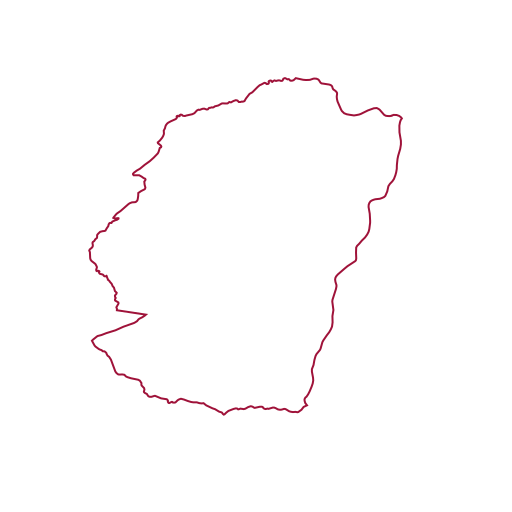 the district of Tarso, Antioquia, Colombia, rotated 71°
{"feature_id": "7082276B41921271459281", "entity_name": "Tarso", "entity_type": "district", "adm_level": 2, "iso_a3": "COL", "parent_name": "Colombia", "parent_adm1": "Antioquia", "projection": "robinson", "projection_center": [-75.833, 5.874], "detail": "fine", "context": "isolated", "style": "outline", "palette": "rose", "viewbox_px": 512, "rotation_deg": 71, "n_neighbors": 0, "source": "geoboundaries", "source_scale": "gbopen_adm2", "svg_char_len": 6082}
<svg xmlns="http://www.w3.org/2000/svg" viewBox="0 0 512 512"><g transform="rotate(71 256 256)"><path d="M377.8,237.1L373.3,234.6L370.0,232.3L368.5,230.8L365.7,226.2L364.6,225.1L359.1,221.3L357.7,219.8L354.0,214.8L351.9,211.6L349.7,209.1L347.5,207.1L343.7,205.2L337.7,203.3L332.3,200.4L323.9,198.7L322.4,198.0L313.3,191.2L311.1,189.9L309.7,189.4L306.3,189.3L304.1,188.9L302.6,188.1L301.4,186.9L300.1,184.7L296.8,176.5L295.4,172.8L293.1,163.7L292.4,162.8L290.9,162.0L285.3,160.3L280.6,158.5L279.3,157.1L278.0,154.4L275.9,150.9L274.0,146.9L271.9,143.9L269.7,141.6L267.4,140.1L261.8,137.3L259.8,136.6L253.1,134.7L246.3,133.6L244.3,132.8L242.8,131.6L241.6,130.0L241.2,128.3L241.1,126.5L241.2,124.7L242.2,120.3L242.2,118.3L242.0,115.9L241.3,114.2L237.7,110.9L233.1,108.1L231.4,105.9L229.8,102.8L228.1,100.5L225.0,97.9L222.5,96.2L219.4,94.5L215.9,93.2L210.3,90.6L207.6,89.0L201.7,84.8L197.8,82.7L194.3,81.5L185.8,80.1L179.4,78.0L176.4,76.3L174.7,75.0L173.4,73.3L172.0,73.8L170.2,75.0L168.5,77.1L167.4,79.9L167.4,82.0L167.6,82.1L167.3,83.9L166.4,86.2L165.6,87.7L164.2,88.9L158.1,91.4L156.9,92.2L155.4,93.7L154.7,96.5L154.8,102.9L155.8,110.7L155.8,112.6L155.4,115.5L155.0,117.6L152.9,121.6L151.5,124.1L149.7,126.2L146.9,127.6L145.3,127.9L136.5,128.6L134.3,128.4L132.8,128.1L131.4,127.7L129.2,126.6L128.2,126.3L127.4,126.4L125.8,127.1L123.6,128.7L122.2,128.9L120.4,128.8L119.7,129.1L118.7,129.7L117.7,131.0L114.1,137.9L113.0,138.6L110.1,139.3L109.1,139.9L108.0,141.2L107.2,143.1L107.0,144.2L107.0,147.7L105.9,151.4L104.7,154.1L100.8,160.5L102.0,163.2L102.0,164.6L101.7,165.8L101.3,166.5L99.7,167.2L99.4,167.5L99.2,168.8L97.5,170.3L97.2,170.9L97.3,172.4L98.5,173.5L98.8,174.0L98.8,174.7L98.5,175.5L97.8,176.3L97.2,177.7L97.0,180.1L96.0,181.3L96.1,182.5L96.7,183.9L96.2,184.5L95.3,184.5L94.9,184.9L94.7,185.5L94.8,186.8L95.1,187.2L95.4,187.4L96.4,187.4L96.9,187.8L97.2,188.3L97.0,189.7L96.7,190.1L96.0,190.3L95.5,190.8L95.0,191.7L95.6,195.2L95.7,196.9L96.7,199.4L99.8,205.7L100.1,206.5L100.6,209.3L103.8,214.2L105.8,216.5L105.8,218.3L105.4,219.0L105.3,220.7L104.8,222.1L103.0,222.9L102.1,224.3L102.1,226.8L102.6,229.7L101.7,231.1L102.4,232.9L102.4,233.6L100.7,238.3L100.7,239.0L101.4,242.6L101.1,246.2L101.6,247.8L101.4,248.9L101.0,249.6L101.0,251.1L100.7,252.0L101.0,252.8L101.6,253.6L101.6,254.3L101.4,255.0L99.8,257.0L99.4,258.7L99.5,261.3L99.4,262.0L98.9,262.8L99.2,264.6L100.9,267.7L101.2,270.0L100.5,276.2L100.5,277.6L99.7,279.3L99.2,279.8L98.4,280.1L97.8,281.1L98.0,282.2L98.9,282.7L98.9,283.1L98.6,284.0L98.0,284.2L97.9,285.1L98.1,285.5L98.4,285.7L99.3,285.7L99.9,286.3L100.4,287.3L100.9,292.8L101.4,295.7L101.9,297.0L103.0,298.6L103.9,299.4L105.6,300.5L107.4,302.4L110.3,303.2L111.0,303.6L112.4,304.8L113.6,306.2L115.6,309.4L116.6,311.9L117.4,312.0L120.4,310.1L121.0,309.9L121.7,309.9L122.3,310.4L122.5,311.8L125.7,314.1L127.0,315.4L129.7,320.7L131.7,325.4L133.6,331.7L135.7,337.3L136.4,340.9L137.5,344.3L138.2,345.5L138.8,345.7L139.8,345.4L141.6,340.2L143.7,338.3L145.7,336.9L146.9,335.6L147.8,335.6L148.4,336.1L149.3,337.4L152.3,338.1L155.3,338.3L156.4,339.1L156.7,339.9L157.2,343.5L158.1,346.8L160.8,347.8L163.7,349.3L164.8,350.1L165.2,350.7L165.8,352.2L165.7,352.9L164.9,355.8L165.0,358.2L165.4,359.7L169.4,369.5L170.5,373.5L171.1,374.8L173.3,378.3L173.5,378.5L174.2,377.7L174.8,376.4L175.3,374.0L175.6,373.7L176.0,373.9L176.5,375.7L176.4,377.5L176.7,380.7L177.7,381.9L177.2,383.1L177.2,383.8L178.1,385.0L179.7,386.0L181.2,388.1L183.0,390.1L183.0,391.2L182.6,392.9L182.4,395.5L183.5,397.9L184.2,399.1L184.7,399.5L186.0,399.9L187.1,400.5L188.0,402.8L188.6,403.3L189.2,404.2L189.7,405.8L190.5,406.4L192.4,406.7L193.3,407.0L194.0,407.5L194.7,408.5L195.7,411.1L196.6,411.9L198.3,411.8L204.1,413.5L205.6,413.6L207.2,413.1L210.7,410.8L211.5,410.4L214.3,410.0L215.1,410.2L216.8,411.5L217.5,411.7L218.1,411.7L218.4,411.5L218.5,410.2L219.1,409.3L219.6,409.1L220.3,409.9L221.4,409.7L222.0,409.4L223.6,407.0L224.3,406.5L225.0,406.4L225.8,405.9L226.3,404.7L226.1,403.8L226.4,403.7L227.5,403.8L230.2,403.6L230.3,403.7L231.7,402.8L232.7,402.6L235.4,401.5L237.6,401.4L239.7,400.6L243.2,400.8L245.4,399.7L246.2,400.2L247.4,402.2L248.8,402.6L249.8,402.3L250.1,402.4L251.0,403.4L252.0,403.7L252.4,403.6L255.0,401.3L255.8,401.3L256.5,401.8L259.0,404.7L260.8,404.7L262.0,405.2L275.6,379.2L276.2,380.7L276.9,383.5L277.3,386.6L277.7,387.8L278.9,389.7L279.6,392.8L279.7,404.3L280.5,413.1L280.2,422.6L280.4,427.9L280.1,431.8L280.3,432.6L282.0,437.3L282.7,438.7L288.0,437.8L289.3,437.3L292.8,434.9L293.7,434.0L294.8,432.6L296.1,432.0L296.8,430.4L297.5,429.8L298.9,429.1L300.1,429.1L301.9,428.8L303.5,427.7L306.8,426.9L319.4,426.6L321.3,426.0L323.0,424.9L323.4,424.3L324.6,420.7L325.5,419.1L327.5,418.2L328.7,417.0L330.9,414.0L334.7,407.6L336.1,406.4L338.8,405.7L340.5,406.3L341.2,406.3L344.5,404.8L346.0,405.0L347.8,406.2L348.3,406.2L349.4,405.6L350.9,404.1L353.1,403.6L353.8,403.2L354.6,402.2L355.1,400.7L355.2,397.5L355.4,396.9L359.7,392.1L362.4,387.0L363.7,386.4L364.3,386.4L365.1,386.8L366.2,386.6L366.6,386.3L366.8,385.9L366.5,383.2L366.7,382.7L367.5,382.3L368.1,380.8L368.2,380.1L368.1,379.6L366.9,377.1L366.6,375.9L366.5,373.8L366.7,373.2L368.3,370.8L370.8,367.8L372.9,364.9L373.9,363.0L375.1,359.6L376.6,357.6L377.7,355.4L378.1,353.5L381.0,351.7L385.8,346.8L387.5,344.6L391.2,341.5L392.4,339.8L393.1,339.1L394.4,338.8L395.5,338.1L395.4,337.2L394.4,335.1L393.5,332.5L393.3,327.0L393.5,324.7L394.1,323.5L395.2,322.8L395.3,322.0L395.2,320.5L396.8,317.4L396.9,315.7L396.3,312.7L396.3,310.1L396.7,309.2L397.4,308.3L399.0,307.0L399.2,306.5L399.8,301.3L400.4,299.6L400.9,298.9L402.5,298.4L403.7,297.1L403.9,296.4L404.0,294.9L404.6,293.9L404.8,289.3L405.3,288.1L406.3,286.9L408.1,285.3L408.9,284.0L409.4,282.7L409.6,281.7L409.7,279.2L410.1,278.3L410.9,277.4L413.6,275.2L414.6,273.8L415.6,271.9L416.2,269.5L417.2,267.7L417.3,266.8L416.2,263.1L414.2,260.1L413.8,256.4L411.0,257.3L408.8,257.2L407.6,256.9L406.7,256.3L405.9,255.3L405.5,254.1L403.8,251.8L401.5,249.4L397.7,246.0L395.0,243.9L392.3,242.4L389.7,241.7L383.6,240.8L381.2,240.0L377.8,237.1Z" fill="none" stroke="#9f1239" stroke-width="2"/></g></svg>